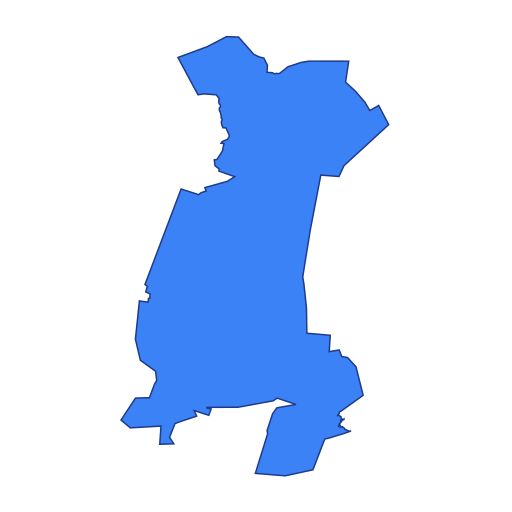 the district of Banámichi, Sonora, Mexico, rotated 94°
{"feature_id": "50627088B68944131147189", "entity_name": "Banámichi", "entity_type": "district", "adm_level": 2, "iso_a3": "MEX", "parent_name": "Mexico", "parent_adm1": "Sonora", "projection": "natural_earth1", "projection_center": [-110.155, 30.063], "detail": "fine", "context": "isolated", "style": "filled", "palette": "blue", "viewbox_px": 512, "rotation_deg": 94, "n_neighbors": 0, "source": "geoboundaries", "source_scale": "gbopen_adm2", "svg_char_len": 4302}
<svg xmlns="http://www.w3.org/2000/svg" viewBox="0 0 512 512"><g transform="rotate(94 256 256)"><path d="M86.8,333.0L99.2,325.1L97.9,319.1L98.0,306.8L101.7,303.7L103.8,304.0L104.4,303.8L105.5,303.8L106.1,303.6L106.5,303.4L106.9,303.2L107.2,302.7L107.4,302.4L107.8,302.2L108.8,301.9L109.4,301.9L110.0,302.1L110.8,302.8L111.3,302.9L111.9,302.9L112.8,302.7L113.9,302.5L114.6,301.9L116.5,301.2L119.0,300.3L119.5,300.5L120.3,300.5L120.9,300.2L121.4,299.9L121.8,299.3L122.5,299.2L123.1,299.5L123.8,299.8L124.6,299.9L125.0,300.0L125.5,299.9L126.0,299.7L126.6,299.4L127.2,299.3L127.8,299.2L128.8,298.7L129.7,298.1L130.4,297.9L130.3,294.9L138.1,290.8L141.6,292.5L143.7,296.9L144.8,298.1L146.0,298.7L146.0,295.8L153.6,296.8L162.4,301.7L163.0,304.3L168.8,303.2L171.7,298.9L173.9,298.9L178.3,282.8L179.9,284.9L183.6,290.0L191.3,311.8L194.7,310.3L196.6,315.1L198.8,317.5L194.4,335.4L292.2,364.8L293.8,362.3L297.7,363.1L299.5,363.5L300.6,360.6L301.6,359.0L305.7,359.0L305.8,360.2L305.8,360.3L306.8,360.3L308.1,360.4L309.5,360.4L309.4,362.3L309.3,364.6L309.3,365.3L309.1,367.3L308.9,369.2L309.3,369.2L315.8,369.4L320.1,369.6L321.7,369.6L347.3,370.5L368.1,364.1L378.0,348.1L387.0,346.4L390.9,348.3L404.8,352.4L406.1,366.1L407.0,366.8L429.1,379.2L436.2,369.4L432.3,338.9L450.5,338.9L449.1,324.9L442.9,329.6L428.8,325.1L426.1,319.1L419.9,304.0L414.5,306.9L418.2,292.0L411.7,290.1L411.1,294.3L410.4,294.4L408.1,263.2L399.2,228.6L396.3,225.0L401.3,205.8L406.0,224.6L412.3,228.5L429.5,232.8L432.5,232.0L472.9,241.5L473.2,214.4L473.2,211.4L465.3,184.3L437.9,175.9L433.7,174.5L432.4,170.1L426.3,154.4L423.9,149.0L423.9,149.5L424.1,150.1L424.2,150.3L424.2,150.5L424.3,150.6L424.3,150.8L424.3,151.0L424.2,151.1L424.1,151.3L424.0,151.5L423.9,151.8L423.8,152.3L423.7,152.6L423.6,152.8L423.4,153.1L423.3,153.3L423.2,153.5L423.1,153.8L423.1,154.0L423.1,154.3L423.1,154.6L423.0,154.8L422.8,154.9L422.8,155.0L422.7,155.2L422.7,155.3L422.4,155.4L422.2,155.5L421.7,155.8L421.5,156.0L421.4,156.1L421.3,156.3L421.2,156.6L421.1,156.8L420.9,157.0L420.8,157.3L420.4,157.6L420.2,157.8L420.2,158.0L420.3,158.2L420.5,158.2L420.7,158.3L420.7,158.5L420.6,159.3L420.6,159.5L420.7,159.8L420.4,160.2L420.3,160.3L420.4,160.6L420.5,160.7L420.5,160.8L420.4,160.9L420.3,161.1L420.3,161.3L420.2,161.5L420.0,161.3L420.0,161.2L420.1,160.7L420.0,160.4L419.9,160.1L419.9,159.9L419.7,159.9L419.7,160.0L419.2,160.4L419.1,160.5L419.0,161.0L418.9,160.9L418.9,160.7L418.7,160.7L418.8,160.8L418.8,161.0L418.6,161.1L418.6,161.3L418.7,161.5L418.3,161.5L418.2,161.5L417.9,161.4L417.7,161.0L417.5,160.9L417.3,160.8L417.2,160.8L417.1,160.7L416.8,160.5L416.7,160.3L416.6,160.2L416.4,160.2L416.0,159.7L415.9,159.6L415.7,159.6L415.7,159.8L415.4,159.8L415.3,159.7L415.2,159.7L415.1,159.3L415.0,159.2L414.9,159.1L414.8,158.9L414.7,158.9L414.2,158.9L414.2,159.0L414.1,159.3L414.1,159.5L414.1,159.8L414.0,160.0L413.9,160.0L413.9,159.9L413.8,159.6L413.8,159.4L413.7,159.2L413.6,158.9L413.8,158.6L413.7,158.4L413.5,158.1L413.4,157.8L413.4,157.7L413.2,157.6L413.2,157.4L413.0,157.2L412.9,157.1L412.9,156.9L412.7,156.9L412.8,157.0L412.8,157.3L412.7,157.5L412.8,157.7L412.8,157.8L412.8,158.0L412.7,158.2L412.7,158.3L412.8,158.5L412.8,158.8L412.7,159.0L412.4,159.3L411.9,159.6L411.5,159.8L411.3,159.9L411.1,159.9L410.9,160.0L410.7,160.1L410.4,160.0L410.2,160.3L410.1,160.5L410.0,160.9L409.8,161.2L409.6,161.5L409.3,162.0L409.2,162.3L409.2,162.6L409.2,162.8L409.3,163.0L409.5,163.2L409.6,163.3L409.4,163.5L409.2,163.3L409.2,163.2L408.9,163.0L408.6,162.9L408.3,162.8L408.2,162.6L407.8,162.4L407.7,162.3L407.6,162.2L407.4,162.1L407.1,162.2L406.9,162.2L406.7,162.1L406.4,162.0L406.2,162.0L406.0,161.9L405.8,161.9L405.7,161.8L405.6,161.6L405.2,161.0L404.8,160.3L387.5,139.4L359.6,148.5L350.9,157.6L350.3,163.4L343.9,166.5L346.3,176.3L329.9,176.4L329.5,199.9L304.6,202.0L281.4,206.1L274.4,207.7L273.3,207.9L253.0,206.1L233.5,204.3L227.3,203.8L170.8,197.0L170.8,193.9L170.9,178.8L159.7,174.5L115.7,132.8L97.3,144.1L102.9,152.7L95.2,157.9L84.6,168.4L76.3,178.8L55.2,177.1L57.9,216.6L59.7,224.3L64.9,237.2L72.2,245.2L72.4,245.9L72.5,246.6L72.4,248.0L72.5,248.8L72.9,249.7L72.8,250.6L72.3,251.8L72.0,252.6L72.0,253.6L72.0,257.8L64.9,257.9L58.0,262.0L57.1,267.0L54.9,272.4L38.8,288.7L39.2,300.7L50.5,319.1L63.4,347.7L86.8,333.0Z" fill="#3b82f6" stroke="#1e3a8a" stroke-width="1.5"/></g></svg>